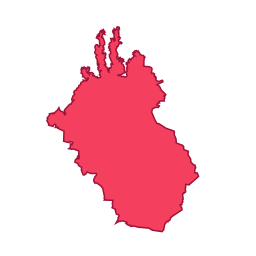 Sandefjord nor, Vestfold, Norway, rotated 195°
{"feature_id": "86288312B12201330718372", "entity_name": "Sandefjord nor", "entity_type": "district", "adm_level": 2, "iso_a3": "NOR", "parent_name": "Norway", "parent_adm1": "Vestfold", "projection": "robinson", "projection_center": [10.23, 59.215], "detail": "fine", "context": "isolated", "style": "filled", "palette": "rose", "viewbox_px": 256, "rotation_deg": 195, "n_neighbors": 0, "source": "geoboundaries", "source_scale": "gbopen_adm2", "svg_char_len": 6006}
<svg xmlns="http://www.w3.org/2000/svg" viewBox="0 0 256 256"><g transform="rotate(195 128 128)"><path d="M135.2,202.3L138.0,205.0L138.7,204.3L139.8,205.0L141.3,204.3L142.5,202.2L140.9,202.5L142.4,200.5L140.1,199.5L141.3,199.3L141.2,197.5L142.6,196.1L142.9,194.2L144.4,195.3L145.3,193.5L144.4,191.7L143.4,191.3L144.9,191.4L144.9,190.9L145.2,190.4L145.4,191.6L146.6,190.5L146.3,189.2L145.1,189.2L144.8,187.2L144.0,186.4L144.7,185.8L144.5,184.3L143.5,183.0L144.2,180.9L142.6,178.8L142.6,177.6L144.0,176.3L145.6,176.8L147.3,175.9L148.5,176.8L150.8,176.1L151.3,176.5L147.8,178.3L145.4,181.2L145.4,182.2L145.6,181.5L145.8,182.3L146.3,182.3L146.2,183.0L147.2,184.1L147.0,185.4L148.9,187.7L151.1,188.9L151.0,189.7L149.2,191.4L149.9,191.6L150.1,193.2L151.8,193.5L152.3,192.8L151.6,191.4L153.5,190.0L154.0,190.2L153.2,193.4L153.7,194.2L155.1,193.4L154.7,192.0L156.6,192.0L157.0,193.5L156.7,194.1L157.1,194.0L156.6,194.8L157.4,195.9L157.0,196.7L159.5,199.6L160.0,201.8L159.4,202.6L159.9,203.6L158.7,204.4L158.7,206.4L156.9,208.0L156.2,207.7L155.9,208.6L156.8,209.1L157.6,209.2L157.8,208.5L158.9,208.8L160.0,210.4L159.1,211.4L158.9,213.2L160.9,213.1L160.3,214.4L161.1,215.0L161.1,216.6L162.0,217.1L161.6,218.2L163.1,220.4L162.2,220.3L162.4,221.4L161.9,221.5L162.6,223.0L164.6,223.0L165.0,220.1L166.0,220.0L165.0,218.7L166.9,220.1L166.5,218.3L167.6,218.9L167.9,217.5L167.4,216.6L166.4,216.4L166.8,216.1L166.6,215.4L166.6,215.9L165.8,215.7L166.1,215.1L165.4,214.6L165.1,212.5L163.1,209.3L164.0,208.4L165.5,210.3L166.0,210.2L165.9,210.6L167.9,210.0L166.2,207.1L167.7,205.2L167.9,203.8L166.8,202.2L167.7,201.4L167.2,200.2L165.9,200.0L166.1,198.3L165.5,198.4L164.4,197.0L164.0,195.3L165.0,194.3L164.4,192.1L159.3,185.7L161.1,185.4L159.9,182.8L160.6,181.0L161.4,181.3L162.1,180.8L161.2,179.2L161.8,178.3L160.9,177.2L161.4,177.3L161.3,176.9L164.0,181.1L165.6,181.7L165.9,183.1L167.6,182.4L165.9,184.0L168.7,187.6L168.3,189.5L167.7,189.9L168.8,191.6L168.4,192.8L168.7,194.0L169.5,194.6L169.8,194.2L170.0,194.8L169.7,193.9L170.4,193.3L171.3,193.2L171.3,194.0L171.7,193.3L172.1,193.4L171.8,194.0L172.6,195.2L172.6,196.6L171.9,196.5L171.5,197.5L172.3,199.6L173.1,199.8L173.1,201.4L172.2,202.5L172.6,204.4L174.8,207.8L176.1,208.5L175.9,209.1L176.9,209.0L176.8,211.8L176.2,212.5L174.9,212.5L175.6,213.0L175.3,213.6L175.7,214.4L175.1,214.7L177.4,216.7L177.9,215.4L177.2,213.8L178.0,213.7L178.1,214.6L178.7,214.5L178.5,215.0L178.9,214.7L179.0,215.3L179.5,214.9L180.1,213.4L179.8,212.3L180.4,211.7L179.2,209.3L179.8,209.1L180.9,210.2L180.9,208.9L181.3,209.1L180.8,207.4L181.7,208.2L181.9,206.9L178.6,206.1L177.2,202.1L176.1,201.0L177.3,200.0L176.7,199.0L177.0,198.7L179.0,200.6L180.3,200.2L180.8,199.3L181.0,197.7L179.5,195.3L179.7,192.7L179.1,191.4L177.0,190.4L177.5,190.2L177.5,188.3L175.3,185.7L174.6,184.4L174.9,183.9L172.5,182.2L173.0,181.6L174.1,181.8L173.4,180.4L172.1,180.3L172.0,178.8L172.7,178.5L172.1,176.8L170.5,175.8L168.2,177.0L170.2,174.8L169.0,173.0L169.4,172.0L168.1,171.2L167.6,170.0L170.4,168.3L171.1,169.6L172.0,168.8L173.7,169.4L174.0,170.1L175.5,169.4L176.0,170.2L175.5,171.6L177.4,172.3L179.1,171.3L179.0,168.8L179.8,171.7L181.4,170.7L181.9,171.1L180.2,174.2L180.9,176.6L181.4,176.7L181.4,175.9L182.6,176.2L182.2,175.3L183.4,175.0L183.5,173.4L184.6,175.2L186.0,174.2L185.7,174.9L186.2,175.5L186.7,174.3L188.2,174.6L188.4,173.9L187.8,172.5L188.4,172.4L187.3,169.7L187.6,169.0L186.3,168.6L184.9,166.5L185.1,165.8L183.1,165.7L181.9,164.5L180.7,164.7L179.6,165.9L179.1,165.1L179.7,163.6L180.7,163.5L180.7,162.5L183.7,162.8L183.3,161.3L185.1,159.9L185.2,157.4L186.4,156.4L186.4,154.4L187.8,153.0L187.6,151.6L189.3,150.2L189.6,148.3L188.1,146.7L189.3,145.3L189.8,141.6L189.3,140.2L187.4,140.8L189.1,137.6L189.0,136.5L190.6,135.7L194.1,128.7L191.8,125.3L192.6,124.4L194.4,126.6L197.3,126.9L198.8,127.9L200.0,129.7L200.7,127.1L203.0,123.7L203.0,122.8L204.1,122.4L204.3,123.0L207.6,121.4L207.1,120.4L208.7,116.7L207.9,116.1L208.2,114.0L205.7,111.5L205.5,110.2L200.9,110.1L200.4,111.9L199.2,112.7L198.1,111.5L198.4,109.7L195.6,110.5L195.7,109.5L189.0,108.4L186.7,98.5L181.6,98.6L180.6,99.9L177.6,99.9L177.8,97.5L179.6,97.9L178.8,95.1L179.0,93.6L179.8,92.7L176.8,92.9L175.4,93.6L169.6,93.1L169.0,90.3L168.1,89.3L169.0,88.3L168.2,88.0L168.9,87.2L168.0,87.0L168.9,86.2L166.9,85.8L169.8,84.9L170.7,83.3L170.4,81.1L167.9,81.0L166.5,80.4L166.6,79.5L165.2,78.6L162.7,78.0L162.2,75.3L159.3,71.2L158.2,71.2L156.7,72.9L156.3,74.8L151.7,74.5L146.8,75.9L146.2,74.3L147.3,72.4L147.7,69.1L147.5,68.1L145.6,66.1L144.9,66.8L142.8,66.4L139.4,65.1L136.7,63.1L133.0,55.7L132.8,53.8L131.9,53.1L132.2,52.3L123.8,54.2L123.6,50.9L122.5,48.5L122.8,46.9L119.0,46.2L119.0,45.2L117.0,41.9L114.1,41.5L113.9,40.6L114.4,38.5L113.8,37.5L115.0,33.0L112.8,35.2L109.1,36.9L104.9,36.7L104.4,36.2L105.2,35.2L102.6,34.2L100.6,34.6L100.8,34.1L99.8,33.7L96.4,34.9L92.6,34.8L82.0,36.7L78.1,35.6L68.3,36.7L67.2,39.0L67.6,44.3L66.3,47.7L65.2,47.8L65.4,48.3L63.8,49.7L63.5,52.3L62.6,53.9L54.7,62.9L55.3,64.7L57.8,67.0L56.1,67.9L56.6,69.1L55.9,70.8L56.8,72.8L56.3,73.6L58.2,78.3L57.0,79.5L57.3,80.0L56.0,80.7L55.9,81.7L57.2,84.8L56.9,85.5L57.7,88.5L54.4,88.8L47.3,99.5L49.5,102.5L51.9,102.0L52.8,105.3L52.3,107.1L53.8,109.5L55.0,109.4L58.4,111.3L59.5,114.3L63.2,117.7L63.6,121.1L68.5,121.6L69.5,124.5L70.8,125.4L77.5,126.0L78.7,129.7L82.0,134.1L81.9,135.4L82.6,136.9L91.3,137.6L99.4,140.2L101.0,139.8L103.9,142.5L109.2,149.4L109.4,152.6L106.8,155.1L104.0,155.7L103.4,157.6L106.2,158.1L105.6,159.5L104.1,160.4L105.0,160.9L104.0,162.4L99.9,163.5L100.6,165.2L100.2,166.3L100.6,167.9L101.4,167.9L101.4,168.8L100.3,169.2L100.2,170.1L105.8,173.3L108.3,176.4L111.2,177.4L106.2,181.7L106.5,182.4L107.3,183.0L110.2,180.9L112.8,181.1L114.6,183.6L113.9,183.8L114.5,184.7L115.3,185.4L114.2,184.1L116.0,185.0L116.9,186.8L115.8,186.7L117.3,187.5L119.6,187.1L120.1,191.4L121.0,192.3L123.4,192.7L128.5,191.7L129.1,192.4L128.8,192.5L130.1,197.2L130.2,199.3L130.7,200.1L130.0,200.8L132.0,202.1L133.5,201.7L135.2,202.3Z" fill="#f43f5e" stroke="#9f1239" stroke-width="1.5"/></g></svg>